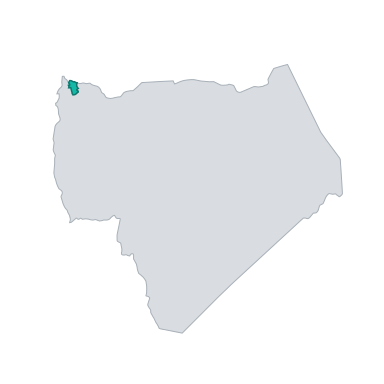 Souk Ahras highlighted on a map of Algeria, rotated 279°
{"feature_id": "DZA-2222", "entity_name": "Souk Ahras", "entity_type": "Province", "adm_level": 1, "iso_a3": "DZA", "parent_name": "Algeria", "parent_adm1": "", "projection": "natural_earth1", "projection_center": [7.905, 36.161], "detail": "fine", "context": "in_parent", "style": "filled", "palette": "teal", "viewbox_px": 384, "rotation_deg": 279, "n_neighbors": 0, "source": "natural_earth", "source_scale": "10m", "svg_char_len": 4804}
<svg xmlns="http://www.w3.org/2000/svg" viewBox="0 0 384 384"><g transform="rotate(279 192 192)"><path d="M285.9,45.8L286.2,46.7L286.2,47.5L285.0,48.2L284.2,48.7L283.2,50.8L281.3,52.2L281.0,52.6L281.0,53.0L282.3,53.7L282.7,54.3L282.9,55.1L282.3,58.1L281.5,63.3L281.6,64.4L282.0,65.8L282.5,66.8L282.7,68.0L282.5,70.9L283.1,72.6L283.5,74.2L282.4,76.2L282.0,77.9L281.7,80.4L281.6,81.9L280.9,83.4L279.9,84.7L278.9,85.6L277.6,86.3L276.1,87.2L274.9,89.8L272.4,91.9L271.8,92.7L271.6,94.4L271.6,96.7L272.1,98.6L273.3,101.4L274.4,104.5L274.7,106.0L275.1,106.6L276.7,107.6L279.3,109.0L279.8,109.5L281.1,111.6L282.4,115.4L282.8,117.9L287.5,121.8L292.0,125.1L292.3,125.7L294.8,137.2L295.7,141.2L298.8,156.0L297.5,156.8L296.0,157.9L297.1,159.9L299.2,163.1L300.5,165.7L301.0,166.9L302.0,170.1L302.8,173.3L303.0,174.3L303.3,176.7L303.0,183.4L303.6,191.9L304.4,196.2L303.2,200.0L302.1,203.7L302.2,205.5L302.8,208.4L303.4,210.5L304.2,211.6L304.0,215.2L303.7,216.5L301.3,218.3L298.7,220.1L298.0,221.5L297.8,223.1L298.1,224.4L305.7,236.5L306.0,237.7L306.1,241.2L307.4,245.4L308.8,247.3L309.3,248.7L310.2,249.7L311.2,250.4L311.8,250.5L315.2,249.4L321.0,251.3L326.5,253.3L326.9,253.6L330.1,260.2L332.9,266.4L271.2,309.8L264.4,316.4L248.4,332.7L247.1,333.4L226.0,338.2L215.0,340.6L214.5,340.7L213.9,340.8L213.4,340.7L212.5,340.3L211.4,339.3L210.6,338.8L210.4,338.1L210.9,337.1L211.5,336.1L211.7,335.4L212.0,334.9L212.5,334.4L212.6,333.8L212.2,332.8L211.8,331.3L211.9,328.7L211.9,327.6L210.9,326.6L209.0,325.5L207.2,324.8L206.4,324.6L204.5,324.2L201.8,323.5L200.9,323.1L199.2,320.7L198.3,320.1L194.3,319.6L193.0,319.3L191.9,318.7L190.9,317.9L190.4,316.6L190.3,315.5L189.9,315.0L185.5,312.4L184.4,311.5L183.8,310.7L183.8,309.5L184.0,308.0L183.8,306.7L183.6,306.0L106.8,245.2L102.6,242.1L93.3,235.0L51.1,204.4L51.9,182.4L52.1,181.3L52.3,180.8L53.7,180.0L56.0,178.2L56.8,177.4L57.9,176.5L61.6,174.0L62.3,173.3L65.9,170.5L66.8,170.0L68.7,169.7L69.5,169.2L70.6,168.1L72.2,166.7L73.2,166.1L73.5,166.0L74.1,165.9L77.3,166.3L78.7,166.6L80.3,166.8L80.8,166.7L81.3,166.3L81.9,165.3L82.1,164.3L82.1,163.3L82.2,162.9L82.5,162.7L83.2,162.8L84.2,162.9L86.1,162.9L86.8,162.7L89.0,162.5L92.1,161.9L96.6,160.5L98.7,158.8L100.3,157.0L102.0,154.4L103.3,152.1L105.9,150.7L108.1,149.8L109.3,149.5L112.2,148.3L116.8,144.7L120.6,144.2L121.1,143.9L121.7,143.3L121.7,142.2L121.1,141.5L120.4,141.1L119.8,140.6L119.3,140.6L119.0,140.1L119.2,139.1L119.3,138.2L119.7,137.4L119.6,136.1L119.1,134.9L119.0,134.0L119.0,133.1L119.3,132.4L120.1,132.0L121.0,131.8L122.3,132.0L124.6,131.7L130.3,129.6L130.7,128.9L131.1,127.5L131.6,126.2L132.2,125.7L132.5,125.6L137.1,124.8L138.1,124.7L146.5,125.1L153.8,125.4L154.5,125.1L154.5,124.2L154.1,122.4L154.4,121.3L155.4,120.3L156.8,119.2L156.2,117.8L155.2,116.9L153.8,115.7L153.0,115.3L151.7,114.0L151.0,112.4L150.5,109.2L149.6,107.4L148.9,105.2L149.7,101.1L148.8,98.6L148.7,97.6L148.7,96.3L149.0,94.1L148.9,91.1L147.9,87.9L148.5,86.9L148.7,86.3L148.6,85.8L147.6,84.8L147.2,84.0L147.5,83.2L148.1,82.1L148.0,81.6L146.4,80.3L143.7,78.0L142.9,77.1L142.6,75.9L145.2,76.2L146.6,76.0L149.8,74.6L152.4,72.6L154.4,71.6L156.2,69.4L157.8,68.1L160.1,66.6L166.7,63.4L167.7,63.4L169.8,64.1L171.7,63.9L173.0,62.8L174.4,60.1L176.6,58.5L179.3,56.9L183.0,55.3L185.4,53.9L189.2,52.6L198.7,51.9L203.6,51.1L206.9,51.3L210.3,49.0L211.9,48.3L219.2,48.1L222.6,46.5L235.5,46.5L237.1,47.0L238.6,47.9L241.3,50.1L242.6,50.5L244.3,50.1L248.3,48.0L252.8,47.0L255.2,45.8L256.2,44.0L258.3,43.4L259.5,44.7L264.1,46.1L267.0,45.7L268.2,45.3L267.8,43.2L270.8,43.8L273.1,44.8L275.5,46.7L277.1,47.1L280.0,46.2L285.9,45.8Z" fill="#d9dde1" stroke="#a8b0b8" stroke-width="1"/><path d="M283.0,55.3L282.4,57.2L282.3,57.8L282.4,58.2L282.5,58.5L282.5,58.8L282.4,59.1L282.2,59.3L281.9,60.6L281.9,61.5L281.3,61.4L281.2,61.4L280.9,61.1L280.7,61.1L280.5,61.3L280.0,61.3L279.9,61.3L279.4,61.5L278.8,61.5L278.3,61.6L278.2,61.7L278.1,61.8L277.9,62.1L277.8,62.3L277.7,62.4L277.2,62.6L277.0,62.8L276.9,62.9L276.8,63.1L276.5,63.5L275.6,62.5L275.4,62.4L275.1,62.2L274.8,62.2L274.6,62.4L274.4,62.6L274.4,62.8L274.2,63.0L273.9,63.3L273.9,63.5L273.8,63.9L273.5,63.9L272.7,63.9L272.3,63.2L272.2,63.0L272.0,62.9L271.4,62.8L271.2,62.6L270.6,61.9L270.3,61.7L269.9,61.1L269.4,59.8L269.4,59.1L269.6,59.1L269.8,59.0L269.9,58.9L270.0,58.8L270.2,58.5L270.3,58.3L270.5,58.2L271.4,58.0L271.6,58.0L271.8,57.9L272.1,57.6L272.3,57.5L273.6,57.0L274.9,56.4L275.4,56.3L275.6,56.3L275.8,56.2L276.0,56.0L276.1,55.7L276.0,55.4L275.9,55.2L275.8,54.8L275.8,54.7L275.7,54.5L275.6,54.0L275.6,53.9L276.2,54.1L276.6,54.1L278.1,53.2L278.3,53.6L278.4,54.4L278.5,54.5L278.8,54.5L279.0,54.4L279.4,54.2L279.6,54.1L280.0,53.6L280.2,53.3L280.4,53.2L280.5,53.1L281.0,53.3L282.2,53.5L282.5,53.6L282.9,53.8L283.0,54.1L283.0,54.4L283.0,55.1L283.0,55.3Z" fill="#14b8a6" stroke="#0f766e" stroke-width="1.5"/></g></svg>